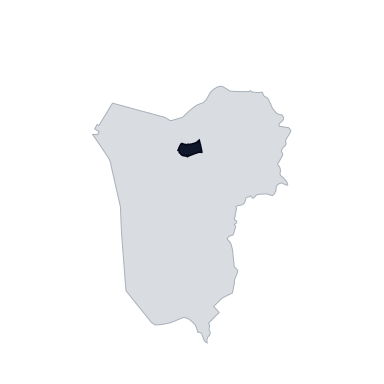 Haditha, Al-Anbar, Iraq (highlighted), rotated 46°
{"feature_id": "34846034B75041723835254", "entity_name": "Haditha", "entity_type": "district", "adm_level": 2, "iso_a3": "IRQ", "parent_name": "Iraq", "parent_adm1": "Al-Anbar", "projection": "robinson", "projection_center": [42.343, 34.245], "detail": "fine", "context": "in_parent", "style": "filled", "palette": "ink", "viewbox_px": 384, "rotation_deg": 46, "n_neighbors": 0, "source": "geoboundaries", "source_scale": "gbopen_adm2", "svg_char_len": 4118}
<svg xmlns="http://www.w3.org/2000/svg" viewBox="0 0 384 384"><g transform="rotate(46 192 192)"><path d="M159.6,79.7L161.9,79.2L166.2,75.7L168.7,72.4L169.5,72.2L171.7,73.2L173.3,73.5L177.0,72.3L179.2,72.9L181.1,73.8L182.1,73.8L187.1,75.8L188.4,76.1L190.9,76.3L194.8,76.4L197.2,75.1L199.0,73.8L200.2,73.9L201.4,74.2L202.4,74.7L203.2,75.7L203.6,77.0L203.5,81.4L203.9,82.5L204.6,83.3L205.4,83.5L206.5,82.6L208.3,81.2L210.5,79.7L212.1,78.3L213.1,77.8L214.6,77.9L216.1,78.1L216.9,78.8L216.9,79.0L217.7,81.0L219.7,88.6L220.9,89.6L222.2,90.4L223.1,91.5L223.4,92.7L223.3,94.4L223.4,96.5L223.9,98.1L224.7,99.3L225.4,99.9L226.4,99.9L227.6,100.2L228.5,101.4L231.2,110.1L231.5,111.2L232.6,111.6L234.4,111.4L236.3,112.3L238.3,113.7L240.2,116.3L241.5,116.8L245.4,116.4L250.8,116.8L253.4,118.2L253.1,119.0L251.2,120.0L247.8,121.1L246.8,122.9L246.2,125.3L246.4,126.7L247.2,128.2L249.7,131.2L249.9,132.2L250.3,133.7L250.8,134.8L250.3,136.8L248.1,138.1L245.2,139.6L239.5,146.2L239.0,147.7L239.1,151.6L238.6,152.7L236.7,152.7L235.3,152.5L235.2,153.9L234.3,155.7L233.8,157.3L236.0,161.1L236.4,163.1L236.0,164.9L234.1,168.0L232.9,170.1L233.2,170.6L234.8,171.5L239.7,178.4L241.3,180.8L243.3,180.1L244.1,180.2L244.7,180.6L245.1,181.4L245.1,182.4L244.6,184.0L247.2,184.6L248.1,186.2L251.2,191.5L251.2,193.1L249.7,195.7L249.7,197.4L250.1,198.9L250.5,199.4L255.0,199.6L256.9,200.2L261.7,203.0L267.0,207.2L271.4,210.6L275.2,213.6L279.1,213.4L280.2,213.9L281.3,214.8L282.4,217.2L284.8,222.7L286.8,224.5L289.8,228.9L292.7,233.0L290.9,238.6L289.2,244.4L289.3,251.8L289.4,255.9L293.2,256.0L297.5,256.2L297.6,261.0L297.7,265.8L297.9,271.4L299.1,271.6L301.1,272.8L302.0,274.6L303.1,275.5L304.4,275.7L305.7,276.6L307.0,278.2L307.5,279.4L307.1,280.2L307.4,281.6L308.4,283.7L309.4,284.7L311.1,285.9L308.9,286.6L306.4,286.1L301.2,283.6L299.5,283.6L297.3,284.5L297.2,285.3L291.7,282.6L289.7,282.0L289.0,282.0L285.8,282.0L281.3,282.5L278.7,283.6L276.9,284.8L276.1,285.9L275.8,286.5L274.4,289.9L272.8,294.2L271.1,298.2L267.8,303.6L266.0,306.2L262.0,310.9L257.7,311.8L247.7,310.9L236.7,309.9L225.7,308.9L217.5,308.1L216.8,307.8L208.7,301.1L202.3,295.8L194.3,289.2L186.1,282.4L177.8,275.5L171.8,270.5L164.5,264.1L157.9,258.2L152.7,253.6L146.0,249.6L140.7,246.4L133.1,241.8L127.1,238.1L121.9,235.0L113.9,230.1L111.2,228.8L102.9,227.2L95.1,225.8L86.9,224.4L81.5,223.5L85.1,220.0L84.1,216.9L81.4,217.5L79.0,218.2L77.6,213.4L79.5,212.8L77.8,206.5L76.2,200.1L74.5,193.8L72.9,187.4L79.8,183.3L84.9,180.3L92.1,176.0L99.0,171.9L105.6,167.9L112.9,163.6L119.4,159.7L125.3,158.1L126.5,156.9L129.3,151.6L131.6,147.1L131.7,146.0L131.7,139.6L132.2,132.1L132.9,128.1L134.3,124.6L135.5,122.0L135.6,119.6L135.5,117.1L134.2,113.4L133.0,109.5L133.1,105.8L133.4,103.8L134.2,100.6L135.6,98.3L137.1,96.8L142.7,95.3L146.0,94.5L150.4,90.3L153.0,87.9L156.7,84.0L159.4,81.1L159.6,80.1L159.6,79.7Z" fill="#d9dde1" stroke="#a8b0b8" stroke-width="1"/><path d="M152.2,173.2L152.7,173.2L153.1,172.9L153.6,172.9L154.2,172.9L154.5,173.2L154.8,173.8L155.7,173.7L156.4,173.7L156.8,173.7L157.4,173.7L158.0,173.7L158.8,173.6L159.5,173.2L160.0,173.0L160.2,172.2L161.4,172.1L161.6,171.4L162.4,171.1L162.3,170.2L162.9,170.4L163.3,170.2L163.1,169.8L163.1,169.5L163.4,169.6L163.6,170.0L163.7,169.6L163.9,169.2L164.3,168.2L164.6,167.4L165.0,166.6L165.4,165.5L165.8,164.5L166.2,163.7L166.5,162.9L166.9,162.2L167.3,161.2L167.8,160.3L168.0,159.6L168.4,159.2L168.8,158.9L169.1,158.6L169.6,158.0L170.3,157.4L170.1,157.2L169.6,156.7L168.4,156.0L167.4,155.3L166.7,154.9L166.3,154.6L165.2,154.0L163.8,153.0L162.8,152.6L162.0,152.0L161.3,151.6L160.7,151.3L160.2,151.0L159.6,150.7L159.6,151.7L159.5,152.5L159.5,153.5L159.4,154.7L159.1,155.4L158.8,155.9L158.3,156.9L158.0,157.5L157.6,158.2L157.3,158.7L157.2,159.0L156.8,159.5L156.1,160.6L155.6,161.0L154.7,161.8L154.9,162.7L155.0,163.2L154.5,163.3L153.9,163.4L153.5,163.4L153.6,163.8L153.0,164.1L152.4,164.4L151.7,164.7L151.1,165.0L150.5,165.3L150.1,165.5L150.5,166.2L149.8,166.6L150.0,167.3L150.3,168.1L150.5,168.9L150.8,169.7L151.0,170.3L151.2,171.0L151.5,171.4L151.9,171.9L152.0,172.6L152.2,173.2Z" fill="#0f172a" stroke="#020617" stroke-width="1.5"/></g></svg>